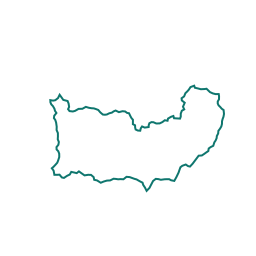 outline of Vargem Grande do Sul, São Paulo, Brazil, rotated 217°
{"feature_id": "56859067B45488213121507", "entity_name": "Vargem Grande do Sul", "entity_type": "district", "adm_level": 2, "iso_a3": "BRA", "parent_name": "Brazil", "parent_adm1": "São Paulo", "projection": "robinson", "projection_center": [-46.893, -21.868], "detail": "fine", "context": "isolated", "style": "outline", "palette": "teal", "viewbox_px": 256, "rotation_deg": 217, "n_neighbors": 0, "source": "geoboundaries", "source_scale": "gbopen_adm2", "svg_char_len": 2480}
<svg xmlns="http://www.w3.org/2000/svg" viewBox="0 0 256 256"><g transform="rotate(217 128 128)"><path d="M88.9,206.6L90.4,205.1L93.2,202.8L95.9,201.7L98.8,200.4L100.6,201.6L102.7,198.3L102.5,195.1L102.7,192.8L103.1,190.3L102.2,187.0L103.1,184.0L101.6,182.4L97.9,182.3L96.9,178.1L94.3,176.7L95.4,174.2L94.5,171.2L92.7,168.8L92.1,166.8L94.1,165.5L97.1,163.5L99.0,164.9L100.4,162.8L101.7,159.6L100.8,157.6L103.3,156.3L104.1,153.4L105.5,150.7L108.2,148.6L111.2,147.9L112.8,146.8L113.8,144.7L113.2,142.8L112.1,141.2L114.9,138.4L117.7,137.7L117.6,135.4L116.6,133.2L118.6,131.9L121.0,131.4L122.5,132.6L124.0,134.4L126.4,134.0L127.8,135.9L129.1,137.6L130.9,137.9L132.8,138.7L136.1,140.4L137.8,139.5L140.2,139.5L142.5,138.1L144.8,135.2L148.4,134.5L149.5,132.6L150.1,130.6L151.8,128.5L153.0,126.1L154.4,124.7L156.2,123.6L159.5,123.8L162.6,124.5L165.1,123.8L167.1,123.1L169.1,121.8L171.4,120.6L174.4,119.5L176.0,115.9L179.0,113.5L180.6,109.8L182.0,108.0L184.9,106.3L187.2,107.0L187.7,109.4L190.2,111.8L192.5,113.2L196.6,111.5L199.7,112.5L202.6,113.4L201.9,109.8L202.8,106.4L204.3,104.8L206.8,103.5L205.4,101.8L203.5,100.7L201.1,100.3L198.3,99.1L196.7,97.8L194.2,96.9L194.3,93.4L193.1,91.3L191.0,90.7L188.7,89.1L185.7,86.1L183.8,83.4L181.0,81.8L178.9,79.1L177.3,76.7L174.8,75.2L173.5,72.7L173.6,69.7L172.1,67.9L169.7,67.5L167.5,66.1L165.4,63.4L164.3,60.2L163.6,57.7L163.8,55.1L164.1,52.3L164.6,50.0L161.8,49.2L158.6,46.3L156.4,48.0L154.6,49.5L151.1,48.7L149.1,49.6L147.9,53.1L146.5,55.8L146.9,58.8L144.1,60.1L141.8,61.1L141.1,63.8L137.2,63.9L134.2,64.0L131.7,66.6L129.3,68.3L125.9,68.1L123.8,66.3L121.2,67.5L116.8,67.9L115.2,70.6L113.2,73.3L110.7,75.4L109.0,78.8L106.9,80.1L105.0,81.1L103.3,82.6L100.8,84.3L99.8,88.1L97.1,89.8L92.2,91.3L90.2,92.1L87.7,92.4L85.6,92.7L83.5,93.1L81.6,91.7L78.5,90.6L75.3,89.0L74.8,93.1L75.3,95.9L76.1,100.8L75.2,104.1L72.9,105.5L70.6,106.4L67.8,109.2L64.3,111.9L62.1,112.2L59.2,113.6L59.8,117.9L60.4,120.9L60.8,122.9L61.6,125.3L62.5,128.2L61.9,130.5L59.9,133.6L57.1,133.7L55.3,134.5L54.9,138.4L54.9,141.0L54.9,144.1L54.9,148.4L52.5,150.5L51.5,153.3L50.9,155.3L50.0,157.9L51.2,160.2L50.5,162.5L49.2,165.1L50.4,168.5L50.5,170.7L51.1,173.2L52.2,175.0L52.7,177.9L54.1,180.1L54.1,182.8L54.4,185.4L55.4,187.8L57.0,190.0L57.9,192.3L58.5,194.4L59.8,197.0L62.5,199.9L64.7,199.8L67.0,200.3L69.3,200.6L71.1,201.6L72.3,203.2L72.6,205.7L74.5,208.3L76.0,209.7L78.4,207.8L81.0,206.7L84.1,206.0L86.5,206.3L88.9,206.6Z" fill="none" stroke="#0f766e" stroke-width="2"/></g></svg>